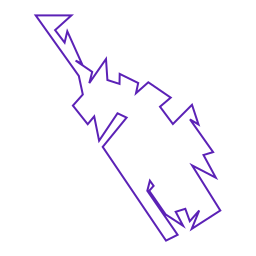 outline of Northland
{"feature_id": "NZL-3404", "entity_name": "Northland", "entity_type": "Regional Council", "adm_level": 1, "iso_a3": "NZL", "parent_name": "New Zealand", "parent_adm1": "", "projection": "robinson", "projection_center": [173.848, -35.399], "detail": "coarse", "context": "isolated", "style": "outline", "palette": "violet", "viewbox_px": 256, "rotation_deg": 0, "n_neighbors": 0, "source": "natural_earth", "source_scale": "10m", "svg_char_len": 693}
<svg xmlns="http://www.w3.org/2000/svg" viewBox="0 0 256 256"><path d="M220.3,210.5L191.7,228.9L199.2,210.5L189.8,221.2L185.3,208.8L175.7,211.8L183.1,225.8L165.6,214.4L149.2,190.8L153.6,185.9L149.9,180.7L147.3,190.8L177.6,234.8L166.0,240.6L102.7,146.9L126.6,117.6L117.5,113.3L99.1,140.7L94.2,116.4L87.7,124.2L72.9,105.6L82.8,94.5L78.8,75.9L35.7,15.4L71.4,15.4L55.1,30.1L64.6,42.6L67.3,31.3L81.8,63.5L75.6,60.6L92.2,71.9L89.3,83.1L106.0,59.0L107.4,80.0L119.5,83.9L119.7,73.9L138.2,83.0L136.0,93.2L148.3,82.3L170.7,97.6L160.0,106.7L172.9,124.0L192.0,104.8L198.5,124.5L190.0,119.4L213.1,152.1L203.5,155.0L215.8,177.7L192.1,165.4L220.3,210.5Z" fill="none" stroke="#5b21b6" stroke-width="2"/></svg>